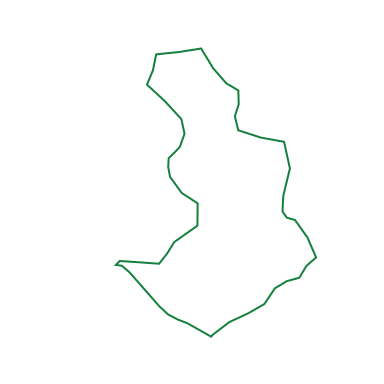 the District of Dəvəçi, rotated 145°
{"feature_id": "AZE-1701", "entity_name": "Dəvəçi", "entity_type": "District", "adm_level": 1, "iso_a3": "AZE", "parent_name": "Azerbaijan", "parent_adm1": "", "projection": "orthographic", "projection_center": [48.885, 41.11], "detail": "fine", "context": "isolated", "style": "outline", "palette": "green", "viewbox_px": 384, "rotation_deg": 145, "n_neighbors": 0, "source": "natural_earth", "source_scale": "10m", "svg_char_len": 797}
<svg xmlns="http://www.w3.org/2000/svg" viewBox="0 0 384 384"><g transform="rotate(145 192 192)"><path d="M259.3,62.5L271.2,87.4L276.9,95.8L281.9,105.6L284.3,117.0L289.3,162.3L291.8,171.9L296.2,175.9L290.8,176.9L275.2,164.4L260.1,152.1L247.6,155.9L235.2,161.2L206.9,161.3L193.9,179.4L201.0,197.2L201.3,217.0L197.3,225.9L191.7,233.1L183.5,234.4L176.1,235.9L164.7,244.0L158.9,257.8L162.1,281.7L167.3,305.8L154.3,314.0L142.4,325.3L122.5,314.2L102.2,304.3L103.7,281.1L101.6,261.4L95.8,248.6L103.4,237.1L113.5,229.4L118.7,216.0L104.5,197.2L87.8,180.3L98.3,155.1L118.9,137.0L124.1,130.6L129.1,124.0L129.0,116.5L123.7,110.0L123.5,88.7L127.9,67.2L140.8,65.8L153.2,60.2L165.5,64.6L179.2,65.6L197.0,58.7L215.5,60.4L235.9,64.0L257.0,63.2L259.3,62.5Z" fill="none" stroke="#15803d" stroke-width="2"/></g></svg>